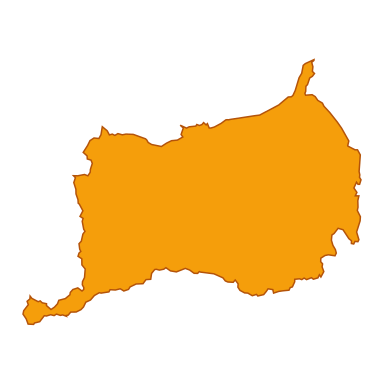 Orocovis, Puerto Rico (orthographic projection)
{"feature_id": "32010507B68011232458605", "entity_name": "Orocovis", "entity_type": "district", "adm_level": 2, "iso_a3": "PRI", "parent_name": "Puerto Rico", "parent_adm1": "", "projection": "orthographic", "projection_center": [-66.447, 18.221], "detail": "fine", "context": "isolated", "style": "filled", "palette": "amber", "viewbox_px": 384, "rotation_deg": 0, "n_neighbors": 0, "source": "geoboundaries", "source_scale": "gbopen_adm2", "svg_char_len": 3284}
<svg xmlns="http://www.w3.org/2000/svg" viewBox="0 0 384 384"><path d="M30.1,296.1L29.9,298.9L27.1,301.3L28.3,304.7L23.7,310.7L23.0,314.1L26.2,318.9L28.1,324.1L33.6,324.4L34.5,323.0L39.7,321.7L44.3,315.7L46.4,316.0L50.7,314.7L54.1,315.6L56.5,314.1L60.4,315.4L62.6,314.9L66.5,316.3L66.2,315.5L68.2,315.1L70.7,312.1L76.2,312.0L81.0,309.6L83.5,307.0L85.8,302.2L90.5,300.0L94.4,295.5L99.3,292.7L101.1,293.1L108.9,291.9L110.1,289.7L115.4,290.0L120.2,288.8L122.3,290.0L123.8,291.0L128.5,289.4L130.1,286.9L136.1,284.0L143.0,283.7L146.0,279.6L150.7,279.3L151.6,273.4L154.7,269.5L156.4,269.3L159.4,270.1L163.8,269.2L165.9,267.7L170.5,270.9L176.4,271.9L185.3,268.4L189.6,270.0L194.1,273.3L197.6,273.4L199.3,271.6L200.6,272.1L213.9,273.8L222.9,277.8L225.3,280.9L227.8,282.0L233.2,282.3L235.2,280.0L238.1,283.8L237.9,287.2L240.0,290.4L244.6,292.9L247.8,293.1L252.3,295.7L256.5,294.4L257.8,296.0L263.7,294.6L266.0,291.8L268.1,288.8L272.8,289.6L273.6,293.1L278.8,291.4L282.9,290.8L289.0,290.2L290.2,287.6L292.4,286.9L294.7,281.8L294.7,279.3L299.5,278.8L301.8,279.6L304.1,278.1L306.6,279.6L311.4,277.7L313.4,279.2L317.9,277.9L319.4,274.8L320.9,277.0L323.8,271.6L322.1,266.9L322.6,263.9L320.7,261.7L320.8,258.2L325.0,255.5L328.4,254.8L335.0,255.8L336.3,253.1L335.4,249.6L332.9,245.3L331.4,240.2L331.9,235.0L334.1,233.5L338.1,228.3L343.0,229.7L348.9,238.7L351.4,240.7L351.4,243.5L353.7,244.0L355.0,241.4L357.9,241.7L358.9,239.7L356.6,232.0L360.1,220.9L360.4,216.7L357.3,210.5L358.0,207.2L357.8,200.7L358.9,195.9L355.3,195.8L356.9,192.4L353.9,188.0L356.5,182.2L358.0,184.3L359.6,184.3L361.0,179.8L359.5,177.3L359.8,174.9L359.1,171.5L360.3,154.9L357.5,149.8L355.0,149.8L349.4,146.9L347.9,146.1L347.7,145.7L348.8,141.0L341.6,128.2L337.4,122.2L329.9,112.7L324.0,106.3L322.4,103.1L317.8,100.4L315.2,96.6L312.1,94.7L305.6,95.2L304.9,93.3L305.7,91.5L305.9,86.3L307.5,84.6L309.7,78.0L312.4,76.3L314.5,73.5L312.4,71.4L312.9,66.8L311.7,62.3L313.9,60.5L314.0,59.6L305.3,63.6L303.2,65.4L301.7,73.3L299.1,77.7L295.2,90.6L292.9,95.5L291.3,96.8L288.2,97.0L280.0,103.9L278.9,104.9L259.6,115.1L254.8,115.7L229.8,119.5L228.7,119.8L227.0,119.7L225.8,119.9L221.1,123.4L214.4,127.0L211.0,128.0L209.2,128.0L207.4,123.6L206.1,124.9L203.6,122.6L201.9,124.6L199.4,125.5L196.8,124.5L195.8,126.1L189.2,126.8L186.5,128.1L180.2,125.2L183.3,128.0L181.1,134.5L182.2,136.0L182.8,137.0L177.4,140.1L171.5,140.7L166.6,143.1L161.4,146.5L151.6,144.5L148.2,142.5L146.7,139.9L145.5,138.8L133.3,134.4L126.0,134.1L122.3,134.8L117.9,133.6L114.9,135.4L112.3,134.1L109.4,134.9L107.2,130.8L102.3,126.7L102.1,127.8L101.0,134.7L98.9,138.5L94.0,138.0L90.0,140.6L87.6,145.5L83.2,152.4L87.1,155.9L87.3,159.0L91.0,160.1L92.3,163.4L90.4,169.4L90.2,172.3L87.9,175.8L84.5,174.5L77.7,175.8L73.5,175.7L75.4,177.7L73.8,182.6L75.9,189.3L76.0,193.9L78.0,199.7L78.2,203.2L79.3,204.1L82.9,210.8L80.0,216.4L83.1,218.4L82.2,221.3L83.7,229.2L85.0,231.3L82.9,234.1L81.3,241.2L79.0,243.7L79.7,249.2L80.8,251.4L79.0,253.1L78.0,256.3L81.8,258.8L81.9,264.9L85.2,269.0L84.5,277.6L82.5,281.6L82.3,284.8L83.8,287.6L83.7,289.5L82.0,291.0L77.8,287.9L72.9,289.5L70.3,292.4L69.9,294.8L65.3,298.6L58.8,300.3L57.5,303.8L54.5,307.1L51.0,309.5L46.5,305.6L46.5,303.7L42.2,302.8L40.2,300.9L38.2,301.7L31.9,298.4L30.1,296.1Z" fill="#f59e0b" stroke="#b45309" stroke-width="1.5"/></svg>